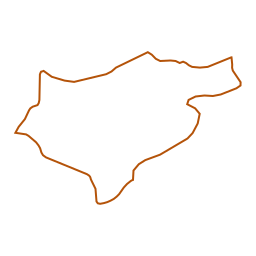 the Province of El Tarf
{"feature_id": "DZA-2164", "entity_name": "El Tarf", "entity_type": "Province", "adm_level": 1, "iso_a3": "DZA", "parent_name": "Algeria", "parent_adm1": "", "projection": "robinson", "projection_center": [8.131, 36.681], "detail": "fine", "context": "isolated", "style": "outline", "palette": "amber", "viewbox_px": 256, "rotation_deg": 0, "n_neighbors": 0, "source": "natural_earth", "source_scale": "10m", "svg_char_len": 1087}
<svg xmlns="http://www.w3.org/2000/svg" viewBox="0 0 256 256"><path d="M231.5,57.3L232.2,64.5L232.1,67.8L232.8,70.6L240.6,82.2L240.5,85.5L236.4,88.3L220.7,94.5L212.9,96.0L204.4,95.5L195.6,96.5L188.6,99.9L187.2,104.2L195.1,108.3L199.7,113.8L197.7,123.5L192.6,133.1L187.5,138.5L160.0,154.7L145.3,160.1L138.8,164.2L133.5,170.5L133.0,179.8L132.9,179.8L130.9,180.9L127.0,184.0L123.8,187.5L119.1,194.2L116.7,196.6L113.8,198.9L110.5,200.7L107.3,202.1L103.9,203.1L100.1,203.8L97.8,203.3L96.5,201.5L95.5,188.8L92.1,181.9L90.9,179.4L90.3,177.3L90.0,176.7L89.1,175.6L87.0,174.2L46.0,157.4L43.0,155.2L41.4,152.5L40.1,148.2L38.5,145.4L36.1,142.3L28.6,135.9L26.1,134.4L15.4,132.8L18.7,126.8L24.9,119.1L29.0,110.4L30.3,108.4L32.7,106.7L37.5,105.1L38.7,103.1L39.4,100.0L39.9,74.4L40.6,72.6L41.1,71.7L42.6,71.3L43.6,70.9L51.8,76.8L64.6,80.6L74.1,81.9L106.2,74.2L111.5,71.5L116.0,67.6L147.8,52.2L151.8,54.7L155.8,58.8L160.2,61.0L170.5,60.5L175.6,61.0L179.7,63.0L183.1,61.7L186.0,63.0L188.9,65.3L192.1,66.9L199.9,67.6L207.7,66.9L231.4,57.3L231.5,57.3Z" fill="none" stroke="#b45309" stroke-width="2"/></svg>